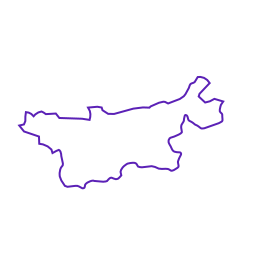 map outline of Genova (Natural Earth projection), rotated 155°
{"feature_id": "ITA-5367", "entity_name": "Genova", "entity_type": "Province", "adm_level": 1, "iso_a3": "ITA", "parent_name": "Italy", "parent_adm1": "", "projection": "natural_earth1", "projection_center": [9.041, 44.45], "detail": "fine", "context": "isolated", "style": "outline", "palette": "violet", "viewbox_px": 256, "rotation_deg": 155, "n_neighbors": 0, "source": "natural_earth", "source_scale": "10m", "svg_char_len": 2540}
<svg xmlns="http://www.w3.org/2000/svg" viewBox="0 0 256 256"><g transform="rotate(155 128 128)"><path d="M213.8,185.5L211.5,183.9L209.7,181.6L208.6,178.5L206.3,179.5L202.7,180.0L199.4,179.5L197.9,177.6L196.6,175.3L187.3,171.6L186.0,166.1L165.7,155.8L159.4,151.6L157.6,153.9L156.2,156.5L155.4,159.6L155.6,163.4L146.8,160.2L143.2,157.7L143.6,154.9L140.0,149.2L134.6,146.6L115.0,143.3L105.7,140.3L100.0,137.4L98.3,138.0L89.3,137.8L84.9,136.9L83.4,136.0L81.3,133.3L68.8,132.4L64.0,133.2L61.6,134.4L55.9,138.6L53.9,140.7L52.6,141.5L51.1,141.5L49.5,141.3L48.1,141.5L43.3,144.7L40.8,143.7L37.9,141.3L35.9,138.0L35.0,134.2L48.7,128.8L50.6,126.7L47.3,118.5L42.5,117.6L37.4,117.9L30.5,111.8L34.0,109.7L35.4,108.1L36.9,106.1L37.3,105.3L37.7,104.5L37.7,103.7L37.5,102.9L37.2,102.1L36.9,101.4L36.9,100.5L37.2,99.7L37.9,98.1L38.2,97.2L38.9,95.5L39.3,94.8L40.0,94.3L41.6,94.1L43.7,94.0L58.9,95.5L60.5,96.0L61.6,96.5L62.1,97.1L62.5,97.8L63.3,99.4L64.2,100.9L65.8,102.8L66.9,105.1L67.8,106.6L69.3,108.5L69.7,109.3L69.8,110.2L69.3,112.9L69.3,113.8L69.5,114.6L70.0,115.2L70.5,115.5L71.0,115.4L71.5,115.0L73.3,112.7L74.3,111.0L74.9,110.4L77.8,108.5L78.4,108.0L78.9,107.3L79.3,106.6L79.7,105.7L80.7,102.1L81.1,101.3L82.6,100.8L84.8,100.6L89.6,100.7L93.6,101.2L94.7,101.0L96.3,99.8L96.9,98.7L97.3,97.6L97.3,96.6L97.3,95.6L97.1,93.5L97.1,90.3L97.0,89.2L96.8,88.4L96.4,87.6L95.9,86.9L93.9,85.4L91.5,84.1L90.9,83.6L90.7,82.9L90.8,82.1L91.2,81.5L94.6,78.8L96.7,76.7L97.0,76.3L97.3,75.6L98.1,72.5L98.4,71.9L98.9,71.4L100.0,71.0L104.1,70.5L105.7,70.6L106.9,71.0L108.7,73.6L109.8,74.4L111.3,75.2L114.6,76.6L117.3,78.2L120.0,81.3L122.7,83.4L132.0,86.5L134.0,87.7L135.2,88.9L135.4,91.0L135.5,91.9L135.9,92.7L136.4,93.3L137.2,93.9L138.2,94.4L140.8,95.3L143.5,95.9L144.7,95.8L147.6,95.2L149.5,94.5L151.9,93.0L153.3,91.4L154.1,87.9L156.4,86.9L158.3,86.3L159.5,86.4L160.7,86.8L162.2,88.1L163.8,89.8L164.7,90.2L165.8,90.2L167.4,89.7L169.4,88.8L170.9,89.0L173.2,89.8L181.0,94.3L181.6,94.9L182.8,95.4L184.5,95.7L187.9,95.7L189.6,95.3L190.7,94.8L192.2,92.8L192.8,92.3L193.7,92.2L194.9,92.7L197.1,95.7L198.3,96.9L200.1,97.8L207.7,100.3L209.7,102.3L209.8,103.2L210.6,108.6L210.3,112.9L209.8,114.3L209.0,116.1L206.9,119.1L205.6,120.3L204.4,121.0L203.5,121.4L202.8,121.9L202.4,122.6L202.0,123.4L200.3,130.8L199.6,132.7L199.4,133.9L199.2,135.3L199.5,136.7L200.0,137.4L202.6,137.5L207.0,137.2L206.5,140.9L208.6,145.3L212.0,149.1L215.1,151.2L212.3,157.9L223.7,168.8L225.5,176.2L220.8,175.2L218.1,177.7L216.2,181.7L213.8,185.5Z" fill="none" stroke="#5b21b6" stroke-width="2"/></g></svg>